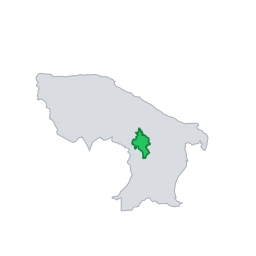 location of Ucayali, Loreto, Peru, rotated 148°
{"feature_id": "86281439B24501043658018", "entity_name": "Ucayali", "entity_type": "district", "adm_level": 2, "iso_a3": "PER", "parent_name": "Peru", "parent_adm1": "Loreto", "projection": "mercator", "projection_center": [-75.521, -7.291], "detail": "fine", "context": "in_parent", "style": "filled", "palette": "green", "viewbox_px": 256, "rotation_deg": 148, "n_neighbors": 0, "source": "geoboundaries", "source_scale": "gbopen_adm2", "svg_char_len": 7743}
<svg xmlns="http://www.w3.org/2000/svg" viewBox="0 0 256 256"><g transform="rotate(148 128 128)"><path d="M178.5,76.8L178.5,77.4L177.6,77.8L176.9,77.3L175.8,77.4L174.1,75.9L170.2,76.2L168.4,77.9L165.8,78.3L162.9,79.1L159.7,79.5L154.6,82.3L153.5,83.5L151.2,85.1L149.3,85.7L148.3,90.8L146.5,93.9L145.8,95.5L146.8,98.0L146.8,99.2L145.7,100.2L144.9,100.3L143.1,101.4L140.5,103.6L140.1,105.4L140.9,107.7L140.6,108.0L138.5,108.4L138.5,109.7L138.1,110.2L139.9,112.1L140.9,112.5L141.0,113.0L140.8,113.4L140.4,113.6L140.4,114.1L141.7,115.4L142.6,118.2L144.5,119.5L144.6,120.4L145.1,121.3L146.1,122.0L148.4,124.8L148.4,126.0L146.0,129.0L150.0,129.0L154.4,130.0L155.0,130.5L155.5,131.8L155.5,132.7L156.4,133.4L156.3,135.0L162.1,135.0L165.8,134.6L171.8,129.7L172.8,129.3L172.2,130.3L172.2,131.1L172.5,132.0L171.8,133.2L171.7,145.3L172.8,144.6L174.2,145.8L175.3,145.8L178.6,144.4L182.4,144.7L191.3,160.5L190.6,161.6L190.6,162.4L189.5,163.1L188.4,164.4L188.4,170.7L187.4,172.7L188.0,173.7L188.4,175.7L189.3,176.9L189.5,177.7L189.4,178.0L188.1,178.7L188.1,179.8L185.8,182.1L185.4,183.6L184.6,184.2L184.4,185.9L186.5,188.7L185.2,190.4L184.0,192.9L186.0,198.2L186.8,199.0L187.7,198.9L189.1,199.4L189.8,200.2L188.1,201.2L187.9,201.6L188.0,203.4L186.2,204.7L183.8,208.0L183.1,208.2L181.9,209.2L181.7,209.7L181.9,210.2L183.0,211.2L183.1,212.4L181.3,213.9L180.1,214.1L179.7,214.5L180.2,216.6L180.1,217.5L179.8,218.6L178.9,219.8L176.3,221.0L174.0,221.2L170.0,218.2L168.7,216.9L164.8,214.3L164.2,211.5L162.8,210.2L160.4,209.2L158.5,207.8L157.0,207.1L153.5,204.1L150.2,203.1L144.1,199.8L140.8,198.8L136.6,195.8L134.4,194.9L132.6,193.5L127.1,190.5L126.2,189.6L125.4,188.1L124.1,187.2L122.8,185.2L120.7,184.0L118.8,182.5L116.3,178.3L115.2,177.3L115.1,175.4L114.3,174.5L115.5,173.9L116.3,170.9L115.9,169.4L113.1,165.5L112.5,163.8L110.5,160.8L109.8,158.9L108.1,157.6L107.5,156.5L106.6,156.0L106.5,154.6L105.9,151.9L105.0,150.6L101.7,148.1L101.4,145.4L100.7,143.5L96.2,135.9L93.6,128.6L91.4,124.5L90.5,122.2L90.4,120.9L88.8,118.8L87.9,116.8L84.3,113.0L82.2,108.8L81.9,107.6L80.4,105.3L78.1,102.3L76.9,101.1L69.9,97.4L66.6,95.1L66.2,93.9L66.4,93.3L67.1,92.6L68.1,93.1L68.7,92.9L69.2,92.1L69.2,90.8L68.6,89.2L66.4,86.1L66.9,84.7L64.7,81.1L65.2,77.7L65.7,76.8L69.1,73.2L70.1,71.7L71.5,70.8L73.0,69.4L74.8,68.3L75.3,68.6L75.8,70.5L75.8,71.8L76.3,73.2L75.0,74.5L73.7,74.2L73.1,74.5L72.9,75.1L73.2,76.1L73.5,76.5L74.5,76.5L73.2,78.4L73.3,78.7L74.2,79.1L75.1,78.6L76.1,77.5L76.6,77.4L80.1,79.2L81.7,79.0L82.9,79.8L83.0,81.2L84.7,83.7L87.3,84.4L87.7,84.2L88.3,83.2L88.9,83.0L89.0,81.6L91.2,80.1L91.5,79.0L91.2,78.3L91.3,77.7L92.6,74.3L93.0,73.9L93.4,72.8L93.9,72.2L94.6,68.4L95.2,68.4L95.8,69.3L96.5,69.1L96.1,68.2L96.2,67.9L98.7,64.9L99.5,64.2L111.3,60.0L117.2,55.7L122.4,49.7L124.0,43.6L124.6,44.0L125.6,43.9L125.3,41.4L125.5,40.2L125.5,39.9L123.9,38.4L123.2,36.8L121.8,35.9L121.8,35.6L123.3,35.9L124.7,35.8L125.9,34.8L126.7,34.8L128.7,36.2L130.1,36.3L130.6,37.3L132.0,38.0L133.9,40.2L134.8,42.4L134.8,42.9L135.7,44.1L137.6,44.6L139.5,46.3L141.5,46.8L142.4,48.4L142.9,48.9L143.2,49.7L142.9,50.7L143.2,51.3L144.6,52.2L145.9,52.2L146.2,52.7L146.9,55.2L146.4,56.5L146.6,57.2L148.2,57.8L148.7,58.3L150.0,58.4L151.9,57.9L154.2,58.7L156.0,58.4L156.8,58.2L157.6,57.6L158.3,57.6L160.1,56.0L160.6,55.9L162.6,56.6L164.2,57.7L166.2,57.5L167.0,56.8L168.5,56.4L171.1,57.8L171.7,58.4L172.4,58.6L175.2,59.9L175.7,60.4L177.2,61.0L177.5,61.4L177.4,61.9L170.8,72.2L172.9,73.1L174.8,72.6L175.8,73.2L176.5,74.9L178.0,76.0L178.5,76.8Z" fill="#d9dde1" stroke="#a8b0b8" stroke-width="1"/><path d="M118.2,118.0L118.4,118.2L118.6,118.7L118.7,119.0L118.4,119.4L118.5,119.6L118.6,119.8L118.4,119.9L118.4,120.2L118.4,120.3L118.4,120.6L118.3,121.1L118.3,121.3L118.4,121.5L118.6,121.9L118.8,121.8L119.0,121.6L119.2,121.4L119.6,121.3L119.8,121.3L119.9,121.1L119.9,120.9L120.0,120.8L120.1,120.7L120.3,120.2L120.1,119.9L120.3,119.8L120.2,119.7L120.3,119.7L120.5,119.6L120.9,119.6L121.0,119.2L121.7,118.8L121.9,118.8L122.1,118.9L122.2,119.0L122.3,119.2L122.5,119.2L122.8,119.1L123.0,119.1L123.3,119.1L123.5,119.2L123.6,119.3L123.7,119.2L123.7,119.3L123.8,119.2L123.9,119.3L123.9,119.2L123.7,119.0L123.6,118.9L123.5,118.7L123.3,118.6L123.3,118.4L123.3,118.2L123.1,118.2L123.2,117.9L123.1,117.6L123.2,117.4L123.4,117.3L123.4,117.2L123.5,117.0L123.5,116.8L123.7,116.7L123.8,116.4L124.1,116.4L124.2,116.2L124.3,116.1L124.6,116.0L124.9,116.1L125.0,116.1L125.4,116.1L125.5,116.2L125.6,116.3L125.8,116.2L125.7,116.1L126.0,116.0L126.0,115.8L126.0,115.7L126.2,115.4L126.1,115.2L126.3,114.9L126.6,114.7L127.2,114.4L127.4,114.3L127.8,114.2L128.1,114.4L128.3,114.4L128.6,114.8L128.8,115.0L129.1,115.5L129.3,115.5L129.5,115.5L129.7,115.3L129.9,115.3L130.3,115.1L130.5,114.9L130.8,114.5L131.0,114.5L131.4,114.1L131.8,114.1L132.0,113.8L132.1,113.7L132.1,113.3L132.4,112.8L132.5,112.8L132.7,112.6L132.9,112.5L132.9,112.3L132.9,112.2L132.7,112.2L132.3,111.7L132.4,111.3L132.4,111.0L132.2,110.9L132.0,110.7L131.7,110.3L131.7,110.0L131.7,109.8L131.7,109.6L131.8,109.5L132.0,109.0L132.0,108.9L132.3,108.7L132.5,108.2L132.8,107.8L132.8,107.6L132.9,107.4L133.0,107.4L133.1,107.2L133.0,106.8L132.7,106.6L132.7,106.4L132.1,106.4L131.9,106.4L131.7,106.5L131.7,106.9L131.6,107.0L131.9,107.1L131.9,107.3L131.7,107.5L131.0,107.8L130.7,107.7L130.3,107.7L130.2,107.6L129.8,107.6L129.7,107.3L129.6,107.2L129.4,107.0L129.3,106.9L129.3,106.7L129.5,106.5L129.6,106.2L129.4,105.9L129.7,105.3L129.8,105.0L129.9,104.9L130.0,104.6L130.1,104.4L129.9,104.1L129.6,103.8L129.5,103.4L129.3,103.2L129.2,103.1L129.2,102.9L129.1,102.5L129.2,102.2L129.1,101.9L128.9,101.7L128.7,101.6L128.5,101.4L128.4,100.4L128.4,100.1L128.4,99.7L128.6,99.4L129.0,98.9L129.1,98.6L129.2,97.9L129.3,97.7L129.5,97.3L129.4,96.8L130.2,96.1L130.2,95.8L130.4,95.6L130.8,95.3L130.9,95.0L131.0,95.0L131.0,94.8L131.1,94.7L131.2,94.2L130.8,94.0L130.5,93.8L130.4,93.8L130.3,94.0L130.5,94.4L130.5,94.5L130.4,94.6L130.2,94.7L130.0,94.3L129.8,94.1L130.0,94.0L130.0,93.9L129.8,93.7L129.6,93.4L129.3,93.2L129.1,93.2L128.5,93.5L128.2,93.9L128.1,94.1L127.7,94.6L126.7,94.9L126.3,95.3L125.8,95.3L125.5,95.4L124.9,95.5L124.2,95.3L123.4,95.6L122.8,95.8L122.8,96.2L123.2,96.4L123.2,96.6L123.2,97.1L123.1,97.4L123.0,97.5L122.8,97.8L122.6,98.0L122.7,98.3L122.7,98.5L122.8,98.7L122.7,98.9L122.8,99.0L122.9,99.3L123.0,99.5L123.0,99.9L123.1,100.1L123.0,100.4L123.1,101.0L123.0,101.5L123.1,102.2L123.1,102.3L122.7,102.6L122.4,102.7L122.3,102.8L122.2,102.8L121.9,103.0L121.7,102.9L121.7,102.7L121.6,102.8L121.4,102.8L121.4,103.0L121.2,103.0L121.1,103.3L121.0,103.2L120.9,103.1L120.7,103.1L120.4,103.1L120.2,102.9L119.7,102.6L119.4,102.6L119.2,102.5L118.9,102.5L118.7,102.5L118.4,102.5L118.1,102.6L117.8,102.6L117.6,102.7L117.6,102.9L117.7,103.1L118.0,103.5L117.9,103.6L117.6,103.8L117.6,104.0L117.7,104.5L117.8,104.6L118.0,104.6L118.0,104.9L118.0,105.0L117.9,105.3L118.0,105.4L117.9,105.6L117.9,105.8L117.7,105.8L117.5,106.2L117.2,106.4L117.1,106.5L117.0,106.4L116.7,106.7L116.6,106.8L116.5,107.0L116.4,107.3L116.2,107.4L116.1,107.6L116.1,108.0L115.9,108.6L116.1,109.0L116.4,109.6L116.5,109.7L116.8,109.9L117.0,110.3L117.2,110.5L117.3,110.5L117.2,110.7L117.2,110.8L117.3,110.9L117.3,111.0L117.1,111.1L117.1,111.6L117.1,111.9L117.2,112.0L117.3,112.3L117.5,112.6L117.7,112.8L117.9,113.1L118.0,113.2L118.1,113.4L118.0,113.5L118.3,113.8L118.2,113.9L118.2,114.1L118.3,114.3L118.6,114.2L118.8,114.3L118.9,114.2L119.1,114.0L119.3,114.0L119.5,113.9L119.6,114.0L119.7,114.3L119.8,114.4L119.8,114.6L119.7,114.7L119.6,115.3L119.4,115.4L119.2,115.5L119.1,115.4L118.9,115.4L118.8,115.5L118.6,115.7L118.7,115.8L118.8,116.1L118.7,116.2L118.8,116.2L118.7,116.6L118.8,116.8L118.9,117.1L119.0,117.3L118.9,117.4L119.0,117.6L118.9,117.7L118.7,117.9L118.2,118.0Z" fill="#22c55e" stroke="#15803d" stroke-width="1.5"/></g></svg>